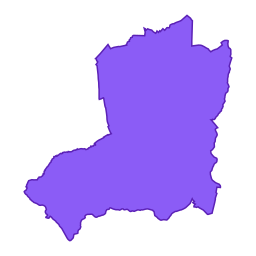 the district of Godinesti, Gorj, Romania
{"feature_id": "2599482B27270234020858", "entity_name": "Godinesti", "entity_type": "district", "adm_level": 2, "iso_a3": "ROU", "parent_name": "Romania", "parent_adm1": "Gorj", "projection": "mercator", "projection_center": [22.965, 44.989], "detail": "fine", "context": "isolated", "style": "filled", "palette": "violet", "viewbox_px": 256, "rotation_deg": 0, "n_neighbors": 0, "source": "geoboundaries", "source_scale": "gbopen_adm2", "svg_char_len": 5752}
<svg xmlns="http://www.w3.org/2000/svg" viewBox="0 0 256 256"><path d="M212.5,211.4L214.7,202.5L215.4,199.1L215.3,198.2L216.9,193.4L216.0,192.6L216.9,187.2L220.4,187.5L220.5,186.9L220.3,185.7L219.3,184.3L215.6,182.7L212.4,180.2L211.8,179.3L211.4,178.3L210.4,174.5L210.3,172.3L210.4,171.9L211.8,170.4L212.5,167.9L213.0,166.6L213.4,166.1L214.1,164.2L215.3,163.0L216.1,162.6L216.5,162.1L216.8,161.6L216.9,160.7L217.1,159.9L217.0,158.9L216.6,158.2L214.0,157.0L213.6,156.4L212.9,155.8L211.0,153.4L210.7,150.8L212.4,149.7L214.4,146.9L214.2,143.0L215.1,141.6L215.5,138.0L216.6,136.3L217.2,134.9L216.9,133.3L215.6,130.8L215.3,129.5L215.5,129.0L216.6,128.1L217.7,127.7L214.4,123.6L213.0,122.1L212.1,120.8L211.1,119.9L212.1,119.8L212.1,119.6L212.5,119.3L213.8,119.6L214.6,119.3L214.7,118.9L215.4,118.3L215.4,117.8L216.3,116.7L217.6,115.5L218.6,113.5L219.7,112.8L220.2,111.7L221.2,111.1L221.5,110.4L221.5,109.5L222.0,108.5L222.5,108.0L222.7,107.4L222.6,107.0L223.1,106.3L222.8,104.8L223.3,103.9L224.4,102.4L224.4,102.0L225.0,101.5L225.0,100.9L224.4,98.9L224.8,97.9L225.0,95.8L225.3,94.9L225.4,94.2L225.9,93.1L227.6,91.7L228.0,90.5L228.0,88.5L228.3,87.9L228.8,87.2L229.0,86.6L228.3,84.7L227.3,82.8L227.6,82.0L227.6,78.6L228.1,76.4L228.1,75.4L228.5,73.6L229.3,72.3L229.4,71.2L230.2,69.1L230.1,68.5L229.2,66.1L230.7,61.1L231.8,57.9L230.3,56.7L230.2,56.4L230.9,54.1L230.8,53.0L230.8,49.8L230.1,48.6L228.8,47.8L228.6,47.4L228.1,46.0L227.8,43.5L227.8,43.3L228.0,43.0L228.2,40.8L227.9,40.6L226.9,40.4L224.8,40.4L223.0,41.2L221.1,42.7L222.3,45.0L217.3,48.9L215.2,49.5L212.8,50.5L210.8,51.8L208.5,49.5L208.4,49.0L206.5,48.1L204.2,46.7L201.8,45.5L200.6,45.2L198.6,45.1L191.8,46.0L191.8,40.8L192.4,20.7L191.2,19.5L190.8,18.6L190.5,18.2L187.0,15.4L181.2,20.5L179.5,21.3L176.1,22.5L174.5,23.3L174.4,23.6L172.3,23.9L170.2,24.9L170.0,25.2L169.5,27.4L169.2,27.8L167.4,27.6L166.9,27.7L164.7,30.3L162.9,28.7L160.4,31.5L159.7,30.8L158.5,32.4L157.0,31.0L156.5,32.1L155.7,33.3L153.4,31.9L151.7,30.1L148.9,29.4L147.7,28.8L146.1,30.1L145.3,28.8L144.2,28.2L145.2,32.1L144.7,35.7L133.6,35.4L133.0,35.6L132.5,36.1L132.2,37.3L130.7,37.7L130.1,39.3L129.3,39.9L129.3,40.4L129.5,41.1L129.4,41.3L128.7,41.3L127.4,42.2L126.9,43.8L126.4,44.4L126.7,45.1L119.8,46.6L118.5,46.5L113.7,47.4L110.6,48.7L108.0,44.5L100.4,53.5L95.5,58.7L96.4,59.1L96.6,60.5L97.0,61.1L97.5,61.4L97.7,61.8L97.5,62.5L96.0,64.6L96.9,65.4L97.1,66.0L98.1,75.0L98.3,79.0L98.7,82.3L98.9,87.3L99.1,89.5L99.1,98.7L99.3,99.4L101.3,98.8L103.1,97.9L103.5,97.9L103.7,98.2L104.8,105.1L105.2,107.0L105.6,107.5L105.8,108.5L106.5,113.2L106.9,116.5L107.0,119.3L107.4,121.9L108.9,125.9L108.0,126.6L109.6,130.6L110.6,132.7L111.3,133.7L108.0,135.1L107.8,134.7L107.4,134.9L103.7,137.1L103.9,137.5L103.3,137.9L99.5,139.9L99.4,139.8L97.3,141.1L94.5,143.4L95.4,144.2L95.4,145.0L94.4,144.7L94.1,145.2L93.5,145.4L93.4,146.0L92.0,146.1L91.8,146.6L91.5,146.8L91.2,146.8L91.0,146.3L90.8,146.2L90.6,146.8L89.6,147.6L89.2,147.8L88.6,147.9L88.0,148.9L87.5,148.9L87.0,149.3L85.8,149.6L85.6,149.5L85.1,148.9L84.8,148.9L84.5,148.7L83.7,148.9L82.6,148.9L82.1,148.7L80.7,148.7L78.0,149.4L77.3,148.9L76.9,149.6L76.3,149.6L75.7,150.2L75.1,150.0L73.5,150.4L73.2,150.7L72.6,150.9L72.0,151.5L71.4,151.7L69.7,151.9L69.1,151.6L68.2,151.5L67.8,152.3L66.8,152.0L65.4,152.3L64.3,152.1L63.6,152.4L63.1,152.4L62.5,152.7L62.5,153.4L61.9,153.4L61.5,153.7L60.6,153.4L59.3,154.3L58.2,155.4L57.0,155.3L56.9,155.5L57.1,156.0L56.9,156.3L56.4,156.3L55.6,155.9L55.0,156.6L53.9,156.6L53.8,158.0L52.0,159.3L52.0,159.9L51.1,161.0L51.2,161.8L50.1,162.8L47.7,166.6L47.0,167.0L46.6,167.7L44.9,170.0L45.1,170.6L44.2,171.2L44.1,173.7L43.4,173.7L43.6,174.2L43.3,174.5L43.2,174.8L42.6,175.1L42.6,175.8L40.9,177.0L39.1,177.1L39.1,177.5L38.1,178.2L37.3,179.8L33.9,179.9L31.8,179.7L28.7,180.7L27.8,182.4L27.3,183.9L27.0,184.2L26.9,184.6L26.6,185.1L26.6,185.8L26.3,186.8L26.1,186.9L26.4,187.2L26.8,187.1L27.0,188.0L26.9,188.5L26.5,189.2L26.2,190.0L24.5,191.2L24.2,191.7L25.0,193.4L25.9,194.4L26.6,194.6L27.7,196.3L29.7,198.2L30.2,199.5L31.2,200.1L31.8,200.8L33.1,201.7L33.8,202.4L36.9,203.6L39.3,205.2L40.5,205.3L42.2,205.0L44.1,205.6L45.1,206.4L45.6,207.1L46.4,209.4L45.4,211.0L45.3,212.1L45.5,212.6L46.2,214.0L46.9,214.2L47.5,214.8L47.5,215.5L46.0,216.9L45.9,217.5L47.6,218.1L48.8,218.2L50.2,216.3L51.4,217.1L52.8,218.9L55.7,221.1L56.2,222.0L58.9,224.5L59.5,226.0L61.8,228.5L67.1,238.0L68.0,239.3L69.5,240.6L70.7,240.5L73.0,238.2L73.4,237.2L73.8,234.8L74.2,234.2L77.2,233.5L77.9,233.1L77.9,231.5L78.4,230.1L80.0,228.9L80.8,226.8L80.4,225.7L80.6,224.3L80.5,222.8L81.3,220.6L81.9,219.8L82.9,219.2L84.2,218.6L85.2,217.7L84.9,216.5L84.9,216.1L86.2,214.8L87.3,214.4L91.9,214.2L92.7,214.6L93.2,215.3L95.2,217.0L96.0,217.2L96.8,217.2L98.5,216.2L99.7,216.1L101.8,215.3L103.2,215.0L104.6,214.2L105.1,213.7L105.6,213.0L105.7,211.9L106.1,210.8L106.8,209.7L107.3,209.5L109.0,209.3L109.8,208.0L110.1,207.8L110.7,207.9L113.2,209.0L115.8,209.7L118.4,209.7L119.4,210.1L120.5,209.8L121.5,209.1L122.3,208.9L123.0,208.9L123.9,209.7L124.6,209.8L127.0,209.3L127.8,209.6L129.9,211.3L130.8,211.5L132.2,210.9L134.3,211.3L137.9,209.8L140.3,210.3L141.3,209.8L142.7,209.9L145.7,209.1L147.4,208.9L148.6,209.1L152.8,210.3L153.2,211.0L153.9,211.4L154.1,211.9L154.8,215.6L156.5,216.8L157.4,217.6L157.9,218.3L160.0,219.8L161.0,220.2L163.7,219.6L166.6,220.0L167.0,219.9L168.9,218.0L169.7,216.6L170.9,215.3L171.4,214.2L172.2,213.3L175.1,211.5L176.7,211.3L180.0,210.1L181.2,209.9L183.3,209.0L185.6,207.7L190.1,203.5L192.2,198.8L192.7,199.8L194.4,201.5L193.6,202.2L192.8,202.4L193.0,202.8L193.6,203.3L195.3,204.1L194.2,205.3L193.9,206.6L194.0,206.9L195.4,207.0L196.6,207.4L198.0,206.8L198.3,207.0L199.1,207.7L203.4,210.1L207.4,214.3L208.1,214.4L212.1,213.2L212.5,211.4Z" fill="#8b5cf6" stroke="#5b21b6" stroke-width="1.5"/></svg>